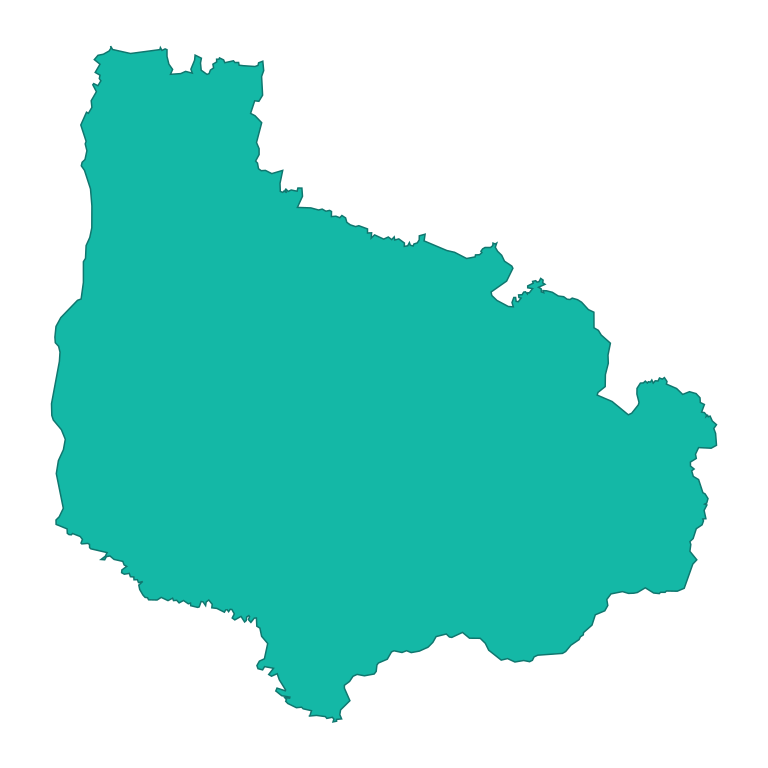 outline of Kuningan, Jawa Barat, Indonesia
{"feature_id": "22746128B44289127403365", "entity_name": "Kuningan", "entity_type": "district", "adm_level": 2, "iso_a3": "IDN", "parent_name": "Indonesia", "parent_adm1": "Jawa Barat", "projection": "orthographic", "projection_center": [108.582, -6.988], "detail": "fine", "context": "isolated", "style": "filled", "palette": "teal", "viewbox_px": 768, "rotation_deg": 0, "n_neighbors": 0, "source": "geoboundaries", "source_scale": "gbopen_adm2", "svg_char_len": 6000}
<svg xmlns="http://www.w3.org/2000/svg" viewBox="0 0 768 768"><path d="M664.4,377.6L662.3,379.1L659.5,378.0L658.0,381.0L655.2,380.8L653.2,383.1L651.8,380.0L650.4,382.1L648.4,381.7L647.3,383.0L645.3,381.1L643.4,382.9L640.4,383.1L637.0,388.4L636.9,394.1L639.0,402.4L638.3,404.9L631.7,413.2L628.3,414.8L612.1,401.5L597.2,395.1L597.9,392.5L605.2,386.6L605.4,374.6L608.3,363.3L608.0,355.1L610.4,343.2L601.2,335.0L598.4,330.4L594.0,327.8L593.9,312.2L588.4,309.6L581.6,302.2L577.6,299.7L572.2,298.1L570.1,299.5L567.1,299.2L563.7,296.7L558.3,296.0L552.4,292.3L546.6,290.8L543.0,290.6L543.7,292.7L541.3,291.9L541.2,288.9L538.5,287.3L545.0,284.3L542.7,282.8L543.1,280.1L540.7,278.4L539.0,281.7L537.1,282.1L535.7,280.7L532.6,281.4L533.2,283.2L527.7,285.9L527.7,287.8L532.6,288.6L529.3,292.8L527.8,292.7L527.4,294.0L525.5,291.8L523.7,292.1L522.1,294.7L518.6,294.9L518.9,297.5L521.1,298.1L518.3,301.7L516.1,301.3L515.6,297.5L513.8,297.5L512.0,302.5L513.3,306.8L508.3,306.5L496.9,300.4L491.8,295.5L491.1,292.0L506.6,281.1L512.9,268.3L511.8,266.1L504.5,261.2L501.7,255.3L497.6,251.3L495.3,247.3L496.7,243.1L495.2,244.0L493.0,243.1L492.8,245.6L490.5,247.5L485.0,247.5L482.6,248.9L480.9,251.3L481.9,252.6L479.6,254.7L475.5,254.9L475.1,256.9L466.6,258.5L454.6,252.3L446.8,250.5L424.1,240.9L425.1,234.2L419.3,235.8L419.2,239.9L417.3,242.9L413.9,244.0L413.1,246.0L410.3,245.2L409.4,242.6L407.7,245.8L404.3,246.4L404.4,243.0L398.8,238.9L394.8,240.0L394.2,236.9L391.7,239.6L388.3,237.0L383.7,239.1L374.6,234.9L371.2,238.1L371.6,232.8L367.5,233.0L367.5,228.9L358.8,225.7L355.6,226.6L350.2,224.8L346.8,222.3L345.6,217.9L341.9,215.5L339.8,217.7L335.9,216.2L331.4,216.6L331.5,211.5L329.6,210.4L325.9,211.2L322.2,209.1L318.6,210.0L310.9,207.9L297.4,207.4L302.5,196.3L301.9,188.1L297.9,188.0L297.1,191.2L291.2,190.0L288.2,191.4L285.9,189.1L285.1,190.2L286.7,192.6L283.9,191.1L282.7,192.4L280.3,191.4L280.0,183.4L282.7,170.4L271.8,173.6L265.4,170.4L261.2,170.7L258.5,168.7L257.5,163.1L255.6,161.1L259.1,154.6L259.1,148.7L256.5,142.5L261.7,122.7L255.0,115.7L250.6,113.4L254.7,100.8L258.9,101.3L262.6,95.2L261.6,76.5L263.7,70.6L262.8,61.2L258.6,62.8L258.0,65.4L255.0,66.5L243.3,65.7L239.1,65.2L238.6,62.5L234.9,62.5L233.5,60.8L224.8,62.7L223.6,59.9L219.5,57.9L218.9,59.2L216.6,59.2L216.7,61.9L212.9,64.2L213.6,67.9L210.4,70.1L209.1,73.6L207.0,74.4L201.2,70.2L200.5,63.0L201.4,58.2L195.1,55.1L194.6,60.2L190.9,69.2L192.3,73.1L185.6,71.4L180.7,73.6L170.5,74.3L172.6,69.4L168.9,64.2L167.0,56.4L167.0,49.7L165.1,48.9L162.0,50.4L160.4,47.6L159.9,49.6L130.5,53.5L112.6,49.5L110.6,46.1L111.0,48.1L109.1,51.0L103.4,54.2L98.0,55.3L94.3,59.6L100.0,64.2L95.2,72.4L100.0,75.2L99.3,78.6L100.9,80.8L97.9,85.7L93.7,83.6L92.8,84.8L96.4,91.7L91.2,100.7L91.9,107.4L88.4,113.3L86.5,112.2L80.8,125.0L86.1,141.3L85.2,143.9L86.9,150.7L85.0,159.5L82.1,162.3L81.3,165.8L84.5,170.4L90.5,188.9L91.9,206.0L91.8,227.8L89.8,237.4L86.1,245.6L85.5,258.4L83.4,261.7L83.4,282.4L81.1,299.0L77.5,300.3L60.8,317.6L56.0,326.4L54.9,337.1L55.3,342.7L58.6,346.3L60.0,352.1L59.4,361.4L51.5,403.7L51.8,415.4L53.3,420.0L61.4,429.7L65.3,439.3L63.4,449.7L58.4,460.6L56.3,473.6L63.3,508.3L59.2,516.8L56.0,520.0L56.1,524.4L67.1,528.9L67.3,533.3L69.0,534.6L71.4,534.8L72.5,533.5L80.2,536.5L82.4,539.4L81.0,543.1L81.8,543.9L87.8,543.4L89.5,544.4L89.6,547.6L90.8,548.8L107.1,552.6L105.3,556.2L101.0,559.5L104.7,559.8L106.4,556.6L110.0,556.0L114.0,559.4L122.8,561.4L124.1,564.9L126.7,566.4L121.9,569.9L121.6,572.7L124.3,574.2L129.3,573.4L130.4,576.7L133.8,577.0L134.0,579.8L137.4,579.7L138.5,582.6L142.7,581.5L138.8,585.1L139.7,589.5L143.0,595.1L145.1,597.4L147.5,597.7L148.6,599.8L157.1,600.0L161.2,597.4L168.0,600.6L172.6,598.2L173.5,600.6L176.7,600.3L179.1,602.9L183.5,600.5L188.3,603.8L190.5,603.1L190.7,605.7L197.7,607.4L199.2,606.9L201.1,601.5L203.0,601.8L205.6,605.6L206.2,602.0L208.8,600.0L212.2,604.3L211.8,607.8L216.8,608.4L224.4,612.2L225.7,609.9L227.2,609.7L228.6,611.7L230.2,609.3L231.9,609.5L234.3,613.9L232.2,618.0L234.8,619.9L241.0,616.4L244.6,622.0L246.2,620.6L246.7,617.0L248.8,615.6L249.6,616.7L248.4,619.6L250.9,622.4L254.3,618.1L256.4,618.0L256.8,626.2L259.9,628.1L261.6,636.3L267.7,643.5L264.4,658.8L259.4,661.1L256.9,665.6L258.0,668.7L262.6,669.9L264.6,666.6L273.5,668.3L268.7,674.5L271.5,676.2L277.2,673.7L279.3,679.8L285.6,689.9L285.3,690.8L277.0,688.1L275.8,691.0L281.7,695.7L289.9,697.1L289.6,698.2L284.9,697.8L286.4,699.7L285.7,701.3L287.8,703.5L296.4,707.7L301.6,707.2L303.2,708.8L311.5,710.7L309.8,716.0L308.7,716.1L316.5,715.4L325.4,716.6L326.8,718.4L332.3,717.3L333.9,719.1L333.0,721.9L336.6,721.2L336.5,719.4L341.6,718.9L339.8,714.6L340.6,709.9L349.9,700.7L344.4,688.2L344.4,685.3L349.6,681.4L353.0,676.3L357.1,674.4L364.4,675.8L374.2,674.0L376.2,671.4L376.9,665.1L378.4,663.0L387.3,659.2L391.5,651.9L394.0,650.8L402.0,652.5L406.6,650.7L411.2,652.6L419.4,651.1L428.2,647.1L432.9,642.3L436.1,636.6L446.3,634.0L449.4,637.0L451.8,637.4L462.5,632.4L469.5,638.2L480.2,638.3L485.3,643.3L488.7,650.2L501.2,660.1L507.6,658.6L514.9,662.0L523.7,660.5L529.6,661.7L532.4,660.3L534.1,656.9L537.7,655.2L562.5,653.4L565.7,651.5L570.9,645.2L579.1,639.6L580.4,636.8L583.3,634.9L583.5,632.6L592.0,625.1L595.3,614.8L604.8,610.8L607.8,605.5L606.8,599.5L611.0,593.9L622.5,591.6L628.5,593.4L633.8,593.2L637.4,592.5L645.3,587.8L653.6,593.0L659.3,593.6L660.5,592.3L665.1,592.3L666.4,591.0L677.3,591.2L684.2,588.3L692.8,564.1L696.8,559.8L689.9,551.3L690.8,544.5L689.9,541.6L693.1,538.6L696.3,528.7L702.1,524.8L703.5,520.9L702.8,519.0L705.9,518.7L704.1,510.4L706.9,505.0L704.7,504.1L706.7,503.1L708.0,498.6L705.1,493.9L702.9,492.7L698.6,479.6L693.3,476.4L691.7,470.8L694.1,469.0L690.5,466.1L690.4,462.1L696.3,458.4L695.5,454.2L698.6,447.6L711.2,448.2L716.5,445.3L715.6,433.4L713.8,428.5L716.5,424.7L712.3,421.0L710.1,416.1L708.3,416.8L707.6,415.3L706.2,416.5L706.6,415.2L704.4,412.6L701.6,412.1L704.4,404.5L700.3,402.5L700.0,397.8L696.1,393.6L689.5,391.7L682.7,394.4L676.6,388.5L666.4,384.1L667.0,381.5L664.4,377.6Z" fill="#14b8a6" stroke="#0f766e" stroke-width="1.5"/></svg>